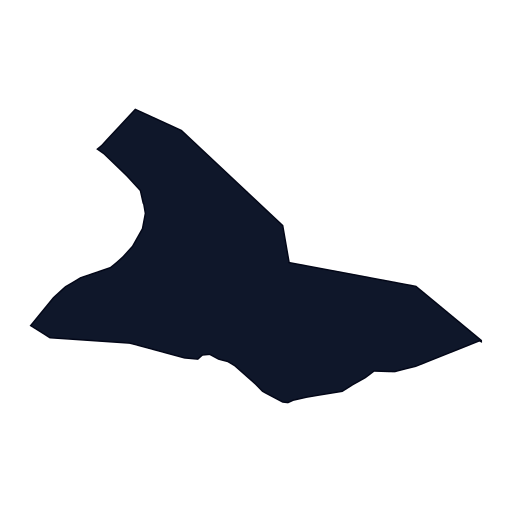 outline of Summersdale, Castries, Saint Lucia
{"feature_id": "8701671B83159323008867", "entity_name": "Summersdale", "entity_type": "district", "adm_level": 2, "iso_a3": "LCA", "parent_name": "Saint Lucia", "parent_adm1": "Castries", "projection": "orthographic", "projection_center": [-60.977, 14.026], "detail": "fine", "context": "isolated", "style": "filled", "palette": "ink", "viewbox_px": 512, "rotation_deg": 0, "n_neighbors": 0, "source": "geoboundaries", "source_scale": "gbopen_adm2", "svg_char_len": 1010}
<svg xmlns="http://www.w3.org/2000/svg" viewBox="0 0 512 512"><path d="M481.3,341.7L481.3,340.5L426.1,294.8L415.9,286.4L322.7,268.9L289.1,262.6L282.7,225.6L181.4,130.5L135.3,109.4L117.8,128.2L106.5,140.3L105.8,141.1L101.9,145.4L97.4,149.1L104.1,153.8L126.9,175.8L140.4,190.5L143.2,203.0L143.8,204.0L145.2,212.3L145.4,213.3L144.6,217.6L142.5,228.7L132.6,246.3L125.0,254.7L123.3,256.6L121.9,257.9L116.9,262.4L113.0,265.6L110.5,267.6L80.6,277.8L72.0,283.0L65.6,286.7L63.1,288.9L53.5,297.7L41.3,312.6L30.7,325.6L40.5,331.7L49.9,337.7L129.6,343.1L132.5,343.8L184.5,357.9L197.8,359.1L201.0,356.2L202.4,355.0L207.8,354.5L209.9,354.4L218.6,359.1L222.7,360.2L227.8,361.5L234.8,365.7L255.6,384.1L262.5,391.2L265.3,392.8L282.7,402.0L287.9,402.6L291.9,400.8L293.1,400.2L296.3,399.5L306.4,397.2L318.7,395.1L323.7,394.3L342.2,391.3L352.6,384.7L365.3,377.6L374.0,371.0L388.7,371.5L394.8,371.6L398.1,370.7L401.2,369.9L406.6,368.5L415.6,366.3L479.4,340.8L481.3,341.7Z" fill="#0f172a" stroke="#020617" stroke-width="1.5"/></svg>